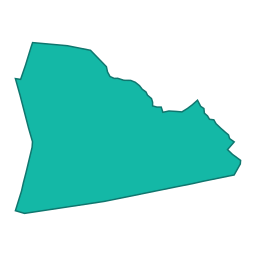 Boca da Mata, Alagoas, Brazil (Albers equal-area conic projection)
{"feature_id": "56859067B28763804077147", "entity_name": "Boca da Mata", "entity_type": "district", "adm_level": 2, "iso_a3": "BRA", "parent_name": "Brazil", "parent_adm1": "Alagoas", "projection": "albers", "projection_center": [-36.155, -9.663], "detail": "fine", "context": "isolated", "style": "filled", "palette": "teal", "viewbox_px": 256, "rotation_deg": 0, "n_neighbors": 0, "source": "geoboundaries", "source_scale": "gbopen_adm2", "svg_char_len": 871}
<svg xmlns="http://www.w3.org/2000/svg" viewBox="0 0 256 256"><path d="M15.4,210.7L24.5,213.4L59.7,208.1L104.3,201.4L176.4,186.8L192.7,183.6L203.4,181.2L230.4,175.7L234.1,175.0L240.3,164.0L240.6,160.4L232.5,154.4L227.5,149.6L234.2,141.9L229.6,138.6L228.5,134.9L225.5,132.4L220.5,128.0L216.0,123.7L213.8,119.8L209.5,119.3L207.5,115.9L204.4,113.2L203.9,108.5L200.7,106.4L197.5,100.2L192.2,104.9L187.4,108.5L181.9,111.9L175.8,111.4L168.9,111.0L162.9,112.3L161.2,107.1L157.0,107.1L152.6,105.9L152.6,102.2L151.5,98.6L147.5,95.2L146.0,92.0L142.2,89.2L139.5,85.7L135.3,82.3L130.7,80.4L123.9,80.3L117.7,78.3L114.2,78.4L110.0,76.5L107.5,71.9L106.4,66.7L90.5,50.3L67.3,45.7L32.6,42.6L31.1,47.0L27.4,59.0L25.6,64.9L20.6,79.4L15.4,78.6L20.1,95.4L28.6,128.2L32.5,141.7L32.1,147.3L26.0,172.7L23.4,182.7L21.5,191.1L15.4,210.7Z" fill="#14b8a6" stroke="#0f766e" stroke-width="1.5"/></svg>